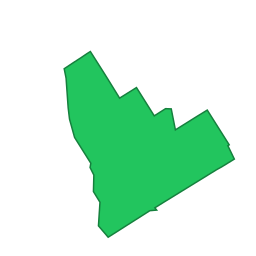 Walker, Georgia, United States of America, rotated 328°
{"feature_id": "52423323B41524528635108", "entity_name": "Walker", "entity_type": "district", "adm_level": 2, "iso_a3": "USA", "parent_name": "United States of America", "parent_adm1": "Georgia", "projection": "equal_earth", "projection_center": [-85.284, 34.784], "detail": "fine", "context": "isolated", "style": "filled", "palette": "green", "viewbox_px": 256, "rotation_deg": 328, "n_neighbors": 0, "source": "geoboundaries", "source_scale": "gbopen_adm2", "svg_char_len": 637}
<svg xmlns="http://www.w3.org/2000/svg" viewBox="0 0 256 256"><g transform="rotate(328 128 128)"><path d="M174.8,134.7L170.1,131.5L156.7,131.6L156.6,98.2L136.7,98.2L136.8,78.6L136.8,67.5L136.6,43.2L133.2,43.2L132.7,43.2L127.3,43.4L125.1,43.5L123.8,43.5L122.9,43.5L116.9,43.6L105.3,43.9L101.9,52.9L88.0,79.1L83.1,89.5L77.7,107.7L77.8,138.2L74.9,141.4L74.1,149.8L65.0,163.6L64.9,176.1L51.1,195.3L53.3,210.1L102.7,209.7L108.8,212.8L108.5,209.9L118.3,209.9L181.2,210.3L186.7,210.6L198.9,210.7L201.7,210.7L203.3,195.9L204.9,195.9L204.7,154.8L192.3,154.7L167.2,154.7L174.8,134.7Z" fill="#22c55e" stroke="#15803d" stroke-width="1.5"/></g></svg>